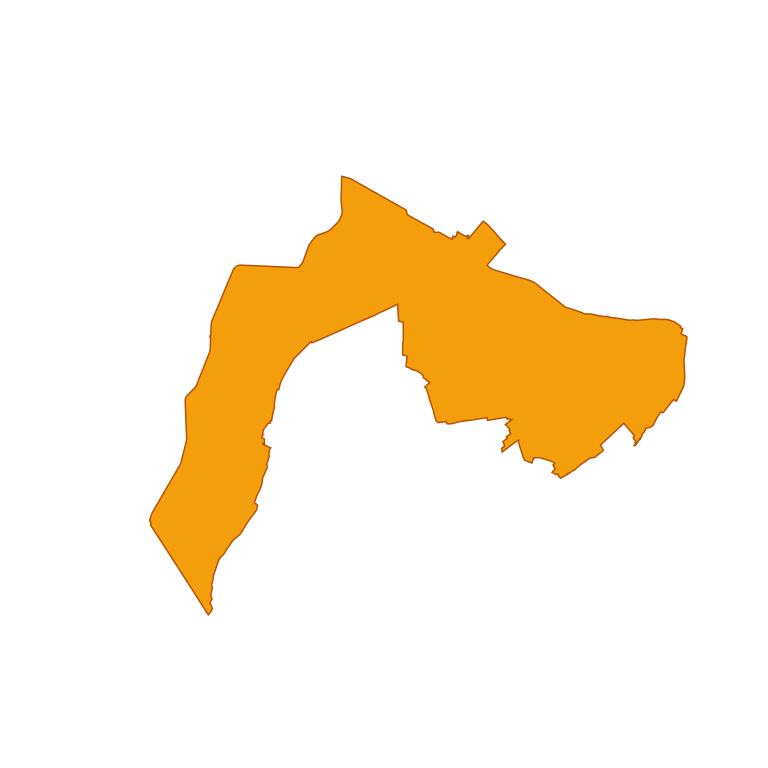 Heerenveen, Friesland, Netherlands, rotated 145°
{"feature_id": "6326949B66729090316548", "entity_name": "Heerenveen", "entity_type": "district", "adm_level": 2, "iso_a3": "NLD", "parent_name": "Netherlands", "parent_adm1": "Friesland", "projection": "mercator", "projection_center": [5.979, 52.998], "detail": "fine", "context": "isolated", "style": "filled", "palette": "amber", "viewbox_px": 768, "rotation_deg": 145, "n_neighbors": 0, "source": "geoboundaries", "source_scale": "gbopen_adm2", "svg_char_len": 6087}
<svg xmlns="http://www.w3.org/2000/svg" viewBox="0 0 768 768"><g transform="rotate(145 384 384)"><path d="M299.5,578.4L313.9,559.0L319.5,548.9L320.7,547.7L322.2,546.6L322.3,546.5L325.4,544.5L327.2,543.6L328.9,543.0L338.0,541.3L340.4,541.1L343.9,541.5L352.6,544.0L354.8,544.2L356.8,543.9L364.2,541.4L365.8,540.7L367.8,539.4L380.7,530.3L386.2,528.6L387.3,528.7L388.7,529.4L422.9,555.7L433.7,563.9L435.5,564.7L437.3,565.0L439.1,564.9L440.9,564.5L442.2,563.9L468.7,547.2L468.8,547.0L487.8,535.0L489.5,533.8L491.7,531.6L498.1,523.1L498.3,523.0L498.7,523.3L499.1,523.1L499.8,522.1L499.7,521.8L499.3,521.6L506.2,512.4L507.4,511.1L508.8,510.0L534.8,492.9L535.5,492.4L535.4,492.3L535.7,492.4L536.0,492.0L539.0,490.1L540.9,489.5L552.0,487.4L553.4,486.9L555.0,485.9L555.8,485.2L556.8,483.9L577.2,452.1L579.0,450.2L595.1,436.4L596.2,435.5L597.9,434.6L626.8,421.2L628.2,420.5L628.1,420.4L628.3,420.4L628.3,420.5L629.4,420.0L647.3,411.7L650.0,410.0L654.3,406.6L654.4,403.9L656.1,402.5L659.1,323.8L660.4,295.7L657.5,296.4L653.6,298.3L652.9,300.4L652.3,303.9L651.4,305.1L648.5,306.2L647.9,307.3L647.4,309.5L646.1,311.3L641.8,315.1L640.2,318.5L635.9,322.1L633.8,324.7L621.8,333.6L619.5,334.9L617.1,335.8L613.6,336.3L604.4,340.0L597.2,342.6L587.5,343.5L576.0,348.7L575.9,348.6L572.1,350.1L563.8,352.7L560.3,354.1L558.1,356.3L558.2,356.5L557.1,357.5L557.2,357.8L557.5,359.2L558.4,361.1L553.8,364.2L552.8,365.2L545.9,368.7L541.2,372.4L537.0,376.9L528.2,382.1L527.0,383.4L525.7,385.8L519.3,390.6L519.4,391.1L519.1,391.6L516.9,394.4L515.2,396.0L513.4,396.7L517.9,404.3L516.9,404.9L516.2,403.7L515.9,404.1L513.5,407.5L514.9,410.0L512.1,412.3L511.9,412.1L511.9,412.4L510.5,414.5L507.9,416.2L503.4,417.4L501.7,418.3L501.1,418.3L499.6,417.2L498.0,419.0L497.2,418.4L497.1,418.5L492.3,423.3L486.6,428.3L485.8,430.0L485.3,430.7L479.1,437.0L477.6,438.5L474.4,440.9L473.5,439.7L470.3,442.4L470.4,442.6L465.7,445.9L457.6,449.9L443.2,456.4L419.6,460.6L419.5,459.2L411.3,457.2L369.0,449.1L353.7,445.9L347.1,445.0L326.9,441.4L327.8,440.0L328.6,439.2L336.0,427.1L333.3,424.1L333.1,423.8L333.0,423.3L344.0,407.6L344.1,407.4L345.1,407.1L349.9,400.0L350.8,399.0L352.0,397.2L351.8,396.7L350.6,395.5L349.2,393.6L356.0,385.6L354.3,383.1L352.0,378.6L349.4,376.0L349.2,375.0L348.3,373.1L347.7,371.6L347.4,369.7L347.0,368.4L347.5,367.4L348.1,367.1L348.2,366.8L346.8,362.5L346.4,360.4L345.5,359.1L352.5,358.0L352.1,356.8L352.0,355.7L353.0,352.7L353.9,349.1L354.8,347.3L355.2,346.7L355.6,344.9L356.6,342.0L357.1,339.9L358.7,334.2L360.3,330.5L362.4,324.1L362.5,323.5L361.7,321.2L354.7,317.6L355.2,315.2L352.4,313.2L347.4,311.1L346.4,311.0L337.8,306.9L337.9,307.3L337.6,307.3L337.4,306.4L318.9,297.4L320.1,294.8L305.2,287.7L302.7,286.2L302.6,285.9L303.2,285.0L303.3,284.7L301.4,283.7L301.5,282.7L301.2,282.6L301.2,282.4L299.7,281.5L307.8,281.2L307.6,279.7L307.3,278.8L307.3,277.3L307.0,275.5L306.9,274.6L307.0,274.3L308.1,274.1L308.1,273.1L308.5,272.6L308.6,270.7L314.0,270.5L314.2,270.3L314.1,269.0L314.3,268.8L319.8,268.6L319.9,267.9L319.9,266.2L320.4,265.7L320.8,264.0L324.4,263.9L324.8,263.4L326.2,260.5L309.1,261.1L306.9,261.0L306.0,260.8L307.7,257.9L310.8,248.0L312.4,242.1L312.3,241.8L312.3,240.7L308.2,234.4L303.9,237.5L303.4,236.9L302.5,237.2L301.5,236.2L299.6,235.0L298.1,233.7L296.6,231.5L296.4,231.6L291.2,224.6L290.1,222.8L289.5,221.5L289.7,221.0L291.5,220.9L292.0,220.7L292.1,219.0L292.6,218.8L292.1,216.5L297.0,215.2L294.8,210.8L292.9,210.2L293.7,208.9L293.9,208.4L293.6,208.4L293.5,205.6L286.2,204.7L285.9,205.1L285.7,204.9L285.4,205.2L284.5,205.2L284.5,204.7L278.8,204.6L277.6,204.3L270.9,205.1L258.4,205.2L257.7,205.1L253.6,203.0L244.5,203.6L242.3,203.9L241.7,209.8L210.1,214.3L208.5,198.1L208.8,198.1L210.4,197.3L210.5,196.7L210.9,196.3L210.6,192.5L210.7,192.4L211.9,192.3L212.2,192.0L212.0,190.6L212.1,190.2L212.6,189.9L213.5,190.3L214.3,190.1L214.0,189.8L213.0,189.6L211.9,189.8L210.4,190.6L210.0,190.6L209.5,190.9L209.3,191.2L208.5,191.3L206.6,192.0L206.3,191.7L205.8,191.7L205.5,192.1L205.6,192.4L204.0,192.8L202.8,193.3L202.4,193.9L201.5,194.4L201.5,194.8L201.2,195.1L200.2,195.3L200.1,195.1L199.5,195.1L198.9,195.4L198.2,195.5L197.6,196.0L196.5,196.3L194.3,197.6L193.4,196.9L190.7,195.9L188.6,195.6L187.1,195.9L186.2,196.2L185.3,196.9L180.0,199.7L173.9,202.3L173.4,202.3L173.1,202.1L172.3,200.6L171.7,200.4L157.6,204.8L157.1,204.8L156.9,204.5L155.5,205.0L155.3,204.8L154.7,203.0L154.3,202.2L141.6,209.2L139.6,210.6L137.3,212.7L135.5,214.7L132.8,218.4L125.4,230.2L124.7,231.4L123.4,233.0L121.3,235.0L116.5,240.7L114.8,242.5L112.9,244.1L108.8,248.8L109.3,250.3L111.7,254.1L111.9,254.8L107.6,257.7L107.7,258.2L108.3,258.8L108.3,259.2L108.9,260.3L108.7,260.5L107.9,260.9L108.0,261.9L108.6,263.4L108.9,264.4L109.5,265.5L110.9,269.1L111.0,269.0L112.4,270.8L114.0,273.3L115.9,275.0L116.6,275.8L117.4,276.2L118.5,277.0L119.8,277.8L125.6,282.7L139.1,290.3L141.3,291.9L142.8,293.3L146.1,295.3L158.2,306.9L160.9,309.3L161.8,310.4L162.1,311.3L164.7,312.7L165.6,313.6L168.7,316.5L174.0,322.3L177.3,324.9L179.4,326.3L180.2,327.2L180.7,328.6L189.1,340.2L191.3,342.7L199.5,370.3L201.7,378.4L202.8,381.2L204.4,384.1L207.2,387.9L214.2,396.3L228.7,414.8L229.5,416.2L230.3,417.9L230.9,419.8L231.2,421.0L231.3,422.2L230.3,422.5L219.3,425.4L217.6,425.7L217.1,426.1L216.6,426.1L213.5,426.8L213.0,427.3L211.7,427.6L210.9,427.4L206.1,428.5L204.3,428.7L204.7,431.9L204.8,431.7L205.9,439.6L205.8,440.1L206.0,440.1L205.8,440.3L206.0,440.8L206.2,443.6L206.3,445.1L207.1,450.5L207.0,450.8L208.0,456.1L209.3,460.4L216.6,458.6L230.8,454.6L231.7,454.7L232.4,455.9L229.6,456.7L229.8,457.6L231.5,457.9L232.3,458.3L233.0,459.0L233.4,459.7L236.4,466.6L237.7,465.8L237.2,465.3L241.4,463.3L242.6,465.6L244.0,464.8L244.1,463.9L245.0,463.5L247.2,467.0L251.6,476.3L252.6,477.3L254.7,478.4L255.7,480.0L256.2,480.4L255.4,480.8L254.9,482.7L255.1,483.4L267.0,507.6L267.6,508.6L267.4,509.0L267.7,509.8L266.1,513.4L266.0,513.7L266.1,514.0L269.0,520.1L274.8,532.1L275.4,533.7L276.0,534.5L279.6,541.9L279.9,542.7L284.3,551.8L286.0,555.6L287.4,558.3L293.4,571.0L294.0,571.8L296.6,575.0L299.5,578.4Z" fill="#f59e0b" stroke="#b45309" stroke-width="1.5"/></g></svg>